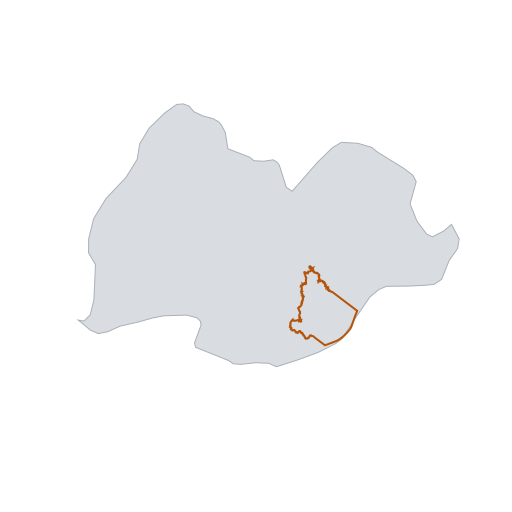 Rutsiro, Western, Rwanda (highlighted), rotated 217°
{"feature_id": "39286606B49553879902836", "entity_name": "Rutsiro", "entity_type": "district", "adm_level": 2, "iso_a3": "RWA", "parent_name": "Rwanda", "parent_adm1": "Western", "projection": "robinson", "projection_center": [29.444, -1.9], "detail": "fine", "context": "in_parent", "style": "outline", "palette": "amber", "viewbox_px": 512, "rotation_deg": 217, "n_neighbors": 0, "source": "geoboundaries", "source_scale": "gbopen_adm2", "svg_char_len": 6712}
<svg xmlns="http://www.w3.org/2000/svg" viewBox="0 0 512 512"><g transform="rotate(217 256 256)"><path d="M209.4,156.2L214.6,156.1L249.3,146.7L252.8,149.6L258.3,167.8L261.3,170.5L266.1,171.1L275.9,167.0L293.7,152.7L301.5,144.0L310.7,131.9L322.4,118.1L328.9,106.2L335.3,99.1L343.7,97.1L353.0,97.6L359.4,97.8L354.1,100.7L353.0,109.4L359.1,123.5L379.0,152.5L391.7,157.8L400.0,169.1L408.1,188.1L410.4,211.9L407.1,240.5L409.1,261.8L416.4,275.7L418.3,293.8L414.8,316.0L410.6,329.3L405.6,333.7L400.0,335.4L392.3,333.9L382.9,335.8L372.8,339.9L366.4,340.6L362.4,339.7L354.9,336.2L343.0,324.7L320.9,331.0L314.9,330.9L306.8,336.4L300.2,343.1L296.2,343.6L292.1,342.6L273.1,329.1L266.1,329.5L263.3,367.6L260.1,388.7L256.2,398.2L242.5,407.3L228.8,412.4L221.3,412.1L191.1,414.9L179.3,414.9L172.8,411.8L164.3,390.3L148.4,380.7L133.0,376.2L126.7,377.4L121.2,388.7L118.9,398.9L104.0,391.9L99.5,383.3L99.1,368.9L93.7,349.0L96.7,340.6L102.5,335.1L114.9,324.7L133.7,310.2L137.7,303.2L140.4,291.7L139.2,264.9L137.4,242.2L139.6,234.2L148.2,216.7L159.7,198.8L173.1,179.8L181.2,178.0L191.8,170.8L203.1,160.2L209.4,156.2Z" fill="#d9dde1" stroke="#a8b0b8" stroke-width="1"/><path d="M206.5,279.5L206.1,279.0L205.9,279.0L205.9,278.6L205.5,278.5L205.2,278.9L204.8,279.1L204.2,278.5L203.3,278.5L203.2,278.2L203.1,277.8L203.2,277.1L203.5,276.7L203.5,276.4L203.7,276.1L203.8,276.0L204.3,275.4L204.9,275.0L204.7,274.4L204.5,274.2L204.2,273.5L204.6,273.4L205.0,272.6L205.0,272.8L205.5,272.6L205.8,272.7L206.2,272.6L206.3,272.5L206.6,272.7L206.8,272.6L207.1,272.6L207.3,272.3L207.5,272.2L207.3,271.9L207.3,271.6L206.6,271.1L206.2,271.2L205.7,271.0L205.4,270.9L204.6,269.7L203.6,269.3L203.5,269.1L202.7,268.8L202.2,267.9L202.0,267.2L200.8,265.8L200.1,264.7L199.9,264.7L199.7,264.6L199.7,264.1L199.4,263.9L199.4,263.3L199.7,263.2L199.9,263.3L200.0,263.2L200.2,263.4L200.3,263.2L200.5,263.3L200.6,263.2L200.9,263.3L200.9,262.9L201.1,262.9L201.1,262.4L201.3,262.4L201.5,262.3L201.4,262.2L201.6,262.0L201.4,261.9L201.5,261.8L201.4,261.6L201.6,261.6L201.3,261.4L201.5,261.1L201.3,260.8L201.5,260.2L202.0,260.0L202.3,259.4L201.6,259.0L201.6,258.7L201.4,258.8L201.3,258.7L201.0,258.8L200.8,258.4L200.1,258.0L199.7,257.3L199.3,257.0L199.4,256.3L199.0,255.9L198.8,255.9L198.8,255.6L198.6,255.5L198.3,255.4L198.5,255.2L198.4,255.0L198.0,255.1L198.3,254.4L197.9,254.2L197.6,254.4L197.5,254.1L197.3,254.0L197.1,253.6L196.7,253.8L196.3,253.7L195.9,253.1L195.7,253.1L195.7,252.8L195.4,253.0L194.9,252.6L194.4,252.4L194.4,252.2L193.9,252.6L193.7,252.5L193.9,252.3L193.6,252.0L193.5,251.6L193.6,251.2L193.3,251.0L193.1,250.5L192.8,250.4L192.7,249.9L192.6,249.4L192.4,249.3L192.5,249.1L192.4,248.6L192.2,248.6L191.8,248.2L191.6,247.9L191.6,247.2L191.9,247.1L191.9,246.9L191.7,246.6L191.7,246.3L191.0,245.9L190.8,245.9L190.7,245.2L190.8,245.0L190.6,244.9L190.2,244.5L190.2,244.2L190.4,243.9L190.4,243.4L190.1,242.4L190.5,242.0L190.5,241.6L190.9,241.3L190.8,240.4L191.0,239.7L190.5,239.3L189.5,239.2L188.4,238.2L188.2,238.3L187.8,238.0L187.2,237.9L186.8,237.2L186.3,236.8L186.2,236.2L186.2,235.8L186.0,235.5L186.0,235.3L185.7,234.3L185.0,234.0L184.7,233.7L184.6,233.4L183.8,233.5L183.7,233.2L183.3,232.9L183.3,232.5L183.4,232.3L183.2,232.0L183.3,232.0L183.2,231.9L183.3,231.8L183.1,231.5L182.8,231.6L182.6,231.4L182.3,231.5L182.3,231.8L181.8,231.7L181.7,231.8L181.7,231.6L181.6,231.2L181.1,231.3L181.0,231.0L180.6,230.9L180.7,230.5L181.3,230.4L181.7,230.1L182.0,230.0L182.5,230.1L182.6,229.7L183.0,229.9L183.5,230.3L183.9,230.3L184.3,229.5L184.7,229.1L184.8,228.8L185.2,228.5L185.8,227.8L186.1,227.5L186.7,227.5L187.0,227.0L187.3,226.9L187.5,227.0L188.0,226.8L188.4,227.2L188.5,226.4L188.2,226.0L188.3,225.6L188.6,225.1L188.7,224.7L188.6,224.2L188.3,223.9L188.0,223.1L188.1,222.7L187.6,222.2L187.2,222.1L186.9,221.8L186.6,221.0L186.6,220.5L186.7,220.4L186.5,220.1L186.4,220.2L186.0,220.1L185.9,219.9L185.7,219.9L185.6,220.0L185.5,219.9L185.3,220.0L184.9,219.8L184.7,219.5L184.4,219.4L184.2,219.5L184.1,219.0L184.3,218.6L184.2,218.5L184.0,218.4L183.9,218.5L183.6,218.6L183.0,218.8L182.6,218.7L182.2,218.4L181.8,218.7L181.6,219.1L181.4,219.3L181.2,219.8L180.9,220.0L180.5,219.9L180.3,219.8L179.9,219.8L179.4,219.6L178.8,219.5L178.8,219.4L178.3,219.5L178.1,219.3L178.0,219.5L177.6,219.3L177.1,219.6L176.9,219.5L176.4,219.6L176.6,220.4L176.3,220.8L176.3,221.1L176.1,221.2L176.0,221.4L176.2,221.5L176.3,221.9L176.1,222.2L176.1,222.3L175.5,222.6L174.2,222.2L174.0,221.9L173.7,221.7L172.9,222.4L172.7,222.2L172.0,222.2L171.7,222.0L171.7,221.5L171.5,221.4L170.7,221.6L170.3,221.2L170.1,221.4L169.8,221.4L169.4,221.1L169.2,221.2L168.6,221.0L168.3,220.6L168.1,220.6L168.0,220.4L167.7,220.5L167.5,220.2L167.3,220.3L166.5,219.9L166.1,220.6L165.5,220.8L165.5,221.1L165.2,221.5L164.9,221.6L164.8,221.9L164.8,222.1L165.1,222.4L164.6,223.2L164.9,223.6L165.1,224.6L164.9,225.4L164.6,225.6L164.4,225.3L163.5,225.6L162.8,226.1L161.5,226.4L159.7,226.2L147.2,226.2L141.4,235.3L140.1,237.6L139.4,239.2L138.7,241.4L138.1,243.6L137.7,245.4L137.1,250.0L136.9,254.9L137.4,257.3L140.7,267.6L142.2,273.1L173.6,273.2L174.2,272.7L174.6,272.6L175.8,272.9L176.1,272.7L176.3,272.5L176.5,272.2L176.8,272.0L177.1,272.3L177.6,272.3L177.8,272.2L177.9,272.3L178.0,272.3L177.9,272.4L177.8,272.8L177.6,272.8L177.7,273.0L178.2,273.0L178.5,273.3L178.6,273.2L178.8,273.3L178.9,273.2L179.2,273.9L179.9,273.7L179.9,274.0L180.0,274.1L180.0,274.3L180.2,274.2L180.3,273.8L180.5,273.8L180.7,273.2L180.9,273.6L181.1,273.6L181.3,273.4L181.8,273.8L182.1,273.9L182.2,273.5L182.7,273.5L182.9,273.8L182.7,274.3L182.7,274.6L183.0,274.4L183.3,274.4L183.4,274.6L183.7,274.6L184.0,274.9L184.1,275.5L184.5,275.7L184.5,275.3L185.0,275.3L185.2,276.1L185.8,276.3L186.0,276.1L185.9,275.9L186.0,275.5L186.6,275.6L186.8,275.4L187.1,275.7L187.7,275.7L188.0,275.9L188.0,276.1L188.5,276.0L188.8,275.7L189.1,275.6L189.4,274.8L189.7,274.4L189.7,274.1L190.0,273.9L190.3,273.6L190.7,273.4L190.7,273.0L190.8,273.1L191.6,273.6L191.4,273.9L191.4,274.5L191.1,274.8L191.1,275.2L190.8,275.3L190.9,275.6L191.6,275.6L191.6,275.9L191.7,276.1L192.2,276.4L192.4,276.6L192.7,276.7L192.9,276.9L193.3,277.0L193.4,277.3L193.7,277.4L194.0,277.8L193.7,278.4L194.0,278.5L194.4,279.0L194.5,279.2L195.7,279.2L196.1,279.3L196.4,279.2L196.9,279.4L197.1,279.4L197.3,279.2L197.0,278.8L197.4,278.5L198.2,278.5L198.7,278.2L199.0,278.4L199.4,278.4L199.7,278.0L200.3,278.4L200.5,278.2L201.1,278.5L201.3,278.3L202.0,279.3L202.2,279.0L202.3,279.3L202.8,279.1L203.4,279.4L203.4,279.8L203.2,280.0L203.6,280.3L203.6,280.5L204.0,279.9L204.2,280.0L204.6,279.9L204.8,280.0L204.9,279.8L205.1,280.0L205.3,279.7L205.6,279.8L205.7,279.6L206.0,280.1L206.3,280.0L206.6,280.3L206.9,280.1L207.0,279.7L206.9,279.5L206.5,279.5Z" fill="none" stroke="#b45309" stroke-width="2"/></g></svg>